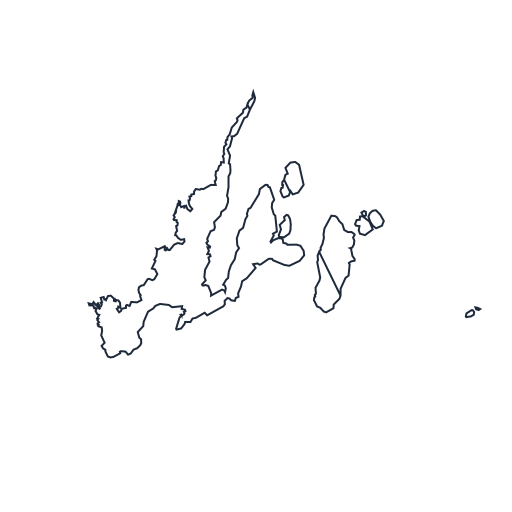 outline of Cakaudrove, Northern, Fiji, rotated 334°
{"feature_id": "14151628B95966095088914", "entity_name": "Cakaudrove", "entity_type": "district", "adm_level": 2, "iso_a3": "FJI", "parent_name": "Fiji", "parent_adm1": "Northern", "projection": "robinson", "projection_center": [179.503, -16.697], "detail": "fine", "context": "isolated", "style": "outline", "palette": "slate", "viewbox_px": 512, "rotation_deg": 334, "n_neighbors": 0, "source": "geoboundaries", "source_scale": "gbopen_adm2", "svg_char_len": 6129}
<svg xmlns="http://www.w3.org/2000/svg" viewBox="0 0 512 512"><g transform="rotate(334 256 256)"><path d="M97.8,288.6L100.7,288.7L104.9,286.5L108.8,286.8L112.7,285.5L114.6,284.1L116.2,280.5L115.3,278.1L116.4,272.5L123.9,269.6L126.2,265.9L134.6,258.7L140.8,258.1L143.6,256.7L148.7,257.0L156.2,261.8L158.2,265.3L167.6,268.7L166.0,271.0L168.6,273.2L168.5,274.5L166.7,274.6L166.7,276.0L165.7,276.8L161.6,277.2L160.0,278.1L152.3,286.4L152.3,287.3L157.0,288.3L162.0,285.8L163.4,284.2L168.1,286.6L171.5,284.4L175.0,285.2L185.0,284.5L186.1,287.9L204.5,286.9L206.8,285.8L208.1,282.6L212.0,281.3L213.6,282.8L214.2,284.9L217.3,287.1L219.5,284.8L222.3,285.1L223.6,281.7L229.2,276.8L232.5,272.6L237.9,272.0L250.4,266.6L249.8,262.1L254.1,263.4L255.4,265.4L256.7,265.6L266.2,264.1L269.2,265.6L269.4,267.3L277.7,276.6L281.7,279.4L293.1,279.5L299.6,276.5L301.1,272.2L300.4,266.3L297.5,263.6L289.2,259.7L288.8,258.2L286.3,256.2L287.3,252.7L286.4,251.2L283.7,249.7L278.4,249.4L275.4,250.4L275.4,249.3L280.9,245.4L281.1,243.4L285.5,243.2L291.0,228.2L290.3,226.2L291.4,219.4L293.7,215.5L297.0,213.5L298.6,200.3L297.4,199.3L297.5,197.2L295.7,196.2L288.9,197.5L285.7,201.7L272.1,210.4L270.0,210.3L266.3,214.1L265.9,216.1L262.7,218.2L256.7,225.1L252.3,225.9L246.5,231.7L243.9,238.2L244.2,241.5L239.8,244.0L235.4,249.6L229.4,253.3L224.8,258.0L221.2,263.6L218.7,264.3L213.9,267.4L215.1,268.9L214.7,271.8L212.4,274.8L212.5,273.2L210.7,271.3L198.2,271.9L199.4,269.9L200.0,262.1L198.1,260.0L195.5,259.5L195.0,258.6L195.1,257.8L200.1,255.9L200.3,252.3L204.2,246.1L211.8,240.6L212.6,236.5L215.1,236.2L215.3,234.2L213.1,233.0L216.0,230.6L216.2,227.0L218.2,228.2L218.9,227.4L217.3,224.5L217.2,222.4L219.3,221.7L219.6,219.2L226.1,213.8L229.7,214.1L231.6,212.3L233.2,207.2L241.8,204.2L244.1,201.2L249.4,200.2L254.2,195.6L256.1,192.3L256.4,189.1L261.3,182.4L266.2,172.4L269.1,170.3L270.6,167.8L272.9,162.2L272.1,160.8L276.7,154.4L277.1,147.6L280.6,146.1L286.1,139.7L286.4,137.8L288.8,138.7L292.6,137.9L305.9,126.9L309.0,126.9L314.7,121.8L314.7,116.0L312.4,118.5L308.9,118.9L307.0,121.5L299.1,123.9L299.0,125.8L297.5,127.2L290.6,129.9L285.7,135.1L282.4,136.7L281.1,139.0L280.1,138.7L278.2,140.8L278.3,142.7L275.2,143.8L272.5,148.4L272.3,150.3L269.8,151.9L269.8,153.8L268.0,157.9L265.8,156.3L264.2,158.8L262.2,159.0L259.2,162.3L257.1,162.4L254.8,166.0L254.5,168.5L253.1,170.3L251.7,170.6L250.9,174.5L246.6,172.3L238.0,172.8L236.2,171.6L234.6,171.8L231.2,169.4L228.4,171.1L227.5,173.1L224.8,172.4L224.0,173.9L222.2,173.4L221.7,175.8L220.5,176.9L219.7,176.5L218.7,179.4L218.5,182.2L219.4,185.8L216.6,187.0L214.9,183.7L215.2,180.1L213.4,180.2L212.4,182.0L213.1,179.5L210.2,179.3L210.1,176.0L211.2,175.4L211.6,173.8L210.7,172.8L210.0,174.2L208.2,175.1L208.4,176.4L207.4,176.4L202.5,181.2L203.3,181.3L202.7,182.0L199.7,183.4L200.0,185.5L197.9,186.9L198.1,187.8L200.4,189.0L199.6,190.5L200.2,191.9L198.8,194.1L197.3,194.1L196.1,198.9L194.2,199.7L192.5,201.9L193.4,202.6L193.8,205.4L195.5,208.5L198.8,209.4L198.1,211.6L195.0,212.9L191.4,210.1L187.4,209.9L181.0,212.9L179.8,212.2L179.6,210.3L177.4,211.4L176.6,210.5L177.5,208.5L178.6,208.7L178.4,207.2L171.1,207.2L169.6,205.8L169.6,207.5L166.4,212.6L162.9,214.8L163.5,216.3L156.9,221.6L159.3,223.7L159.4,229.0L154.4,232.3L152.2,232.3L150.0,229.7L148.5,229.3L142.3,233.0L139.9,232.3L137.1,232.8L135.5,234.9L134.7,237.9L135.2,240.6L134.3,241.1L133.7,245.4L128.7,245.5L123.7,242.6L120.5,245.5L118.6,243.4L117.4,243.6L116.4,245.6L112.2,244.6L110.5,246.2L108.3,246.6L107.7,242.5L108.9,242.5L110.0,241.1L111.4,243.1L113.3,238.4L112.9,235.7L110.7,234.0L110.0,235.2L108.9,234.4L109.9,233.0L109.2,233.0L109.7,232.1L108.1,228.0L105.4,227.1L101.8,229.9L101.6,228.8L100.6,228.7L101.1,226.1L98.1,225.5L97.3,230.3L96.0,230.0L96.0,232.1L94.5,233.3L92.6,232.6L92.7,234.6L92.1,234.8L91.2,232.1L93.5,231.0L93.3,229.2L90.7,230.0L89.8,226.2L87.7,227.6L84.9,225.2L84.6,227.4L88.2,229.1L87.8,230.7L88.5,231.8L87.9,232.2L89.7,233.4L87.7,235.1L87.9,238.9L89.3,240.2L85.9,242.5L86.7,243.4L85.3,244.0L85.9,246.8L84.1,247.1L83.6,248.4L84.4,249.0L83.5,250.0L86.0,252.5L84.9,255.8L82.1,259.5L81.9,267.6L77.8,269.1L78.1,272.2L79.5,274.2L78.8,275.8L78.8,281.4L80.6,283.3L83.7,284.2L91.3,283.9L91.7,282.4L92.8,282.3L96.8,284.7L97.8,288.6ZM349.1,288.5L351.1,285.3L351.4,281.9L353.9,280.3L354.0,279.3L352.3,276.3L349.1,274.8L346.7,271.3L347.6,265.3L346.1,261.2L345.8,257.0L344.8,255.0L341.4,252.8L329.6,261.3L326.1,266.3L325.0,269.5L321.0,274.3L317.6,277.0L317.0,278.8L314.6,279.9L314.6,328.7L317.7,322.5L326.9,314.9L330.6,314.2L336.4,304.8L336.4,303.0L339.2,302.6L342.6,303.4L343.3,302.1L342.7,298.1L344.6,291.1L344.0,290.2L346.2,290.6L349.1,288.5ZM314.6,279.9L311.6,282.6L309.9,286.9L308.3,288.4L304.3,303.4L302.2,306.0L295.6,310.6L293.3,316.2L291.8,316.8L291.5,318.4L290.3,318.7L288.7,321.1L288.8,328.2L291.0,330.6L292.6,335.7L294.4,337.4L302.7,336.9L304.6,333.7L312.3,331.0L314.6,328.7L314.6,279.9ZM334.7,192.9L332.5,188.7L327.9,187.1L321.1,189.7L320.6,195.9L318.0,195.9L314.7,199.8L314.7,213.5L315.5,212.8L316.0,216.7L321.7,217.5L330.0,212.9L334.7,192.9ZM373.1,274.7L369.1,266.9L366.8,266.1L365.1,268.9L362.2,267.8L359.0,270.8L359.2,272.6L362.1,274.5L359.6,277.9L359.2,281.5L363.1,285.0L372.6,283.3L373.1,274.7ZM382.4,284.0L386.2,280.6L385.8,273.3L383.8,267.4L380.5,266.5L377.1,267.5L374.3,269.9L373.7,275.2L374.3,280.1L376.1,283.7L382.4,284.0ZM302.7,233.6L301.5,232.4L298.3,233.3L297.6,236.4L291.0,238.4L290.1,243.0L285.6,247.3L285.2,249.0L289.3,251.5L295.6,250.5L298.3,247.9L301.1,242.8L302.8,237.8L302.7,233.6ZM314.7,199.8L312.1,201.1L310.7,203.6L311.4,204.1L309.9,206.3L308.6,206.0L306.4,208.4L306.0,214.1L306.7,215.6L312.0,216.0L314.7,213.5L314.7,199.8ZM314.7,116.0L314.7,121.8L322.3,116.2L324.5,113.5L325.4,107.5L323.1,110.1L322.5,112.3L317.9,113.4L314.7,116.0ZM425.9,404.3L427.5,402.0L427.1,399.8L426.2,399.2L420.1,399.8L418.1,402.3L418.2,403.1L422.6,404.5L425.9,404.3ZM372.6,267.7L374.1,264.5L372.8,262.9L369.8,263.2L369.8,266.5L371.3,267.8L372.6,267.7ZM434.2,401.9L432.5,399.8L430.7,398.4L430.5,400.4L432.5,402.2L434.2,401.9ZM164.1,276.1L162.6,275.8L162.8,276.9L163.2,275.9L164.1,276.1Z" fill="none" stroke="#1e293b" stroke-width="2"/></g></svg>